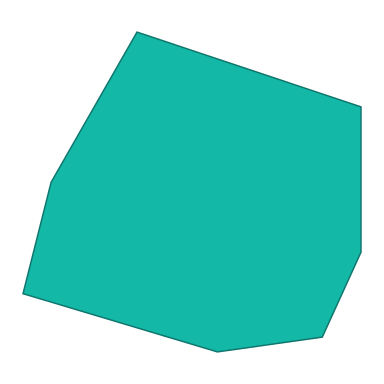 the district of Kuvasay city, Ferghana, Uzbekistan
{"feature_id": "79887680B20364300518134", "entity_name": "Kuvasay city", "entity_type": "district", "adm_level": 2, "iso_a3": "UZB", "parent_name": "Uzbekistan", "parent_adm1": "Ferghana", "projection": "mercator", "projection_center": [71.944, 40.33], "detail": "fine", "context": "isolated", "style": "filled", "palette": "teal", "viewbox_px": 384, "rotation_deg": 0, "n_neighbors": 0, "source": "geoboundaries", "source_scale": "gbopen_adm2", "svg_char_len": 225}
<svg xmlns="http://www.w3.org/2000/svg" viewBox="0 0 384 384"><path d="M322.3,337.1L361.0,252.2L361.0,106.9L137.0,32.1L51.1,182.3L23.0,293.7L217.4,351.9L322.3,337.1Z" fill="#14b8a6" stroke="#0f766e" stroke-width="1.5"/></svg>